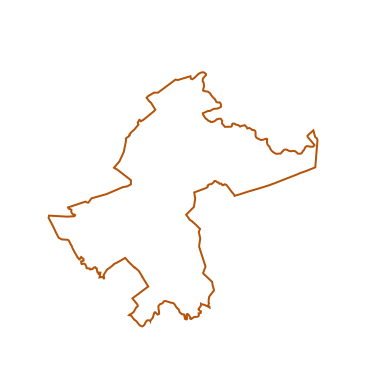 outline of San Juan Cacahuatepec, Oaxaca, Mexico, rotated 53°
{"feature_id": "50627088B64633222678632", "entity_name": "San Juan Cacahuatepec", "entity_type": "district", "adm_level": 2, "iso_a3": "MEX", "parent_name": "Mexico", "parent_adm1": "Oaxaca", "projection": "robinson", "projection_center": [-98.147, 16.655], "detail": "fine", "context": "isolated", "style": "outline", "palette": "amber", "viewbox_px": 384, "rotation_deg": 53, "n_neighbors": 0, "source": "geoboundaries", "source_scale": "gbopen_adm2", "svg_char_len": 6043}
<svg xmlns="http://www.w3.org/2000/svg" viewBox="0 0 384 384"><g transform="rotate(53 192 192)"><path d="M135.6,282.8L129.7,300.3L130.7,300.5L131.5,300.3L132.1,299.9L132.8,299.3L133.7,299.0L134.2,299.5L135.0,300.3L135.9,300.6L137.0,300.7L138.4,300.4L139.5,299.3L140.1,299.2L140.4,299.8L140.6,300.5L136.6,306.5L124.8,320.4L126.4,322.1L132.2,323.0L137.6,324.0L143.4,325.2L145.7,325.6L148.3,326.0L151.4,324.6L155.5,319.9L156.2,319.7L157.0,319.7L161.0,320.4L161.9,320.5L162.2,320.4L162.7,320.5L164.6,321.2L168.2,321.8L175.3,322.7L175.6,322.8L176.0,322.5L177.7,322.7L178.7,322.4L178.2,322.4L177.2,319.6L180.4,319.0L181.6,320.0L180.7,322.4L181.3,322.6L181.8,323.1L183.2,323.5L183.3,323.4L183.3,322.7L184.7,321.0L185.5,320.9L186.2,320.9L186.8,321.1L187.9,321.2L189.2,322.0L189.5,322.0L190.6,320.8L191.2,320.4L191.5,319.7L191.9,319.7L192.6,319.9L193.6,318.0L193.5,317.2L193.3,316.3L193.3,315.7L193.7,314.6L194.2,314.4L195.0,314.7L195.4,314.6L195.8,314.1L197.7,315.2L199.2,315.8L199.8,315.2L201.2,316.0L202.0,314.9L200.9,314.2L201.3,313.7L204.6,317.3L205.1,316.1L205.2,315.7L205.9,314.7L206.9,314.6L208.1,314.4L208.1,314.1L205.1,312.5L202.9,306.8L202.8,306.2L203.0,302.8L202.9,299.7L202.6,297.3L203.0,295.9L203.9,289.7L204.4,285.0L208.6,284.7L208.8,284.8L217.9,283.4L218.0,283.4L218.0,283.0L223.1,282.0L229.6,282.6L229.7,282.9L231.1,282.9L241.1,283.8L241.1,288.9L241.1,293.2L241.1,303.6L244.7,303.5L248.7,303.3L250.4,303.8L250.8,306.5L252.7,310.6L252.8,312.8L252.6,314.8L252.4,315.4L252.5,316.3L253.4,315.5L254.3,315.1L255.1,314.9L255.7,314.9L257.4,315.1L259.3,314.9L260.8,314.4L262.4,314.1L264.4,314.2L265.6,314.1L266.4,314.0L267.3,313.9L268.1,313.4L268.7,313.2L269.5,312.4L269.6,311.4L269.5,310.3L268.7,308.4L268.0,307.3L267.8,306.3L267.5,305.5L267.8,304.6L268.4,303.8L268.9,303.3L269.5,302.9L270.0,303.0L269.8,302.8L268.7,298.8L266.3,295.6L265.7,294.6L265.7,294.0L266.1,293.6L269.2,293.2L269.5,291.6L268.3,290.7L267.0,290.0L265.8,289.3L265.3,289.2L263.0,287.6L262.3,285.4L262.9,283.5L263.0,283.3L263.0,282.7L263.0,282.1L262.4,280.5L262.4,280.2L262.9,279.2L263.3,278.6L266.3,276.4L267.5,275.7L268.5,274.6L269.7,273.7L271.4,273.5L274.0,273.8L275.8,273.7L277.8,273.3L278.9,273.7L280.5,274.2L283.3,273.7L284.8,272.2L285.0,272.2L286.5,272.7L287.3,273.1L287.1,272.7L288.4,273.2L288.9,273.5L289.4,273.7L289.5,273.7L290.1,273.4L290.3,273.3L290.4,273.1L290.5,272.8L290.5,272.6L290.1,272.0L288.1,271.0L286.7,270.0L286.5,269.3L286.7,269.0L287.5,268.7L289.2,268.7L291.5,268.9L291.8,269.5L292.4,269.6L292.9,269.2L293.2,265.3L294.8,263.0L295.0,261.9L294.9,261.1L293.4,259.9L293.6,259.8L293.6,259.7L293.0,259.6L293.8,257.7L293.5,257.4L292.7,256.7L292.0,257.1L290.4,257.5L290.1,257.2L289.7,257.4L289.4,257.2L289.1,256.6L288.7,254.7L288.1,253.4L287.7,252.8L286.8,252.1L287.1,252.0L287.8,251.6L288.2,251.2L289.2,250.3L290.6,249.5L292.6,248.4L294.8,247.5L294.2,247.1L293.3,247.4L292.8,247.4L292.4,247.3L291.7,246.5L291.2,245.4L290.2,245.2L288.2,243.6L285.9,241.2L283.8,233.6L278.4,231.4L275.9,230.0L268.3,231.3L264.2,232.0L263.4,231.9L259.7,226.1L250.3,222.8L249.3,222.5L239.9,219.2L238.0,217.4L234.1,213.4L228.1,210.7L226.3,207.8L219.4,208.8L214.7,209.8L213.0,210.5L206.6,210.3L205.1,199.6L203.3,197.6L199.2,193.4L193.7,190.5L197.0,179.4L197.2,178.8L197.4,176.9L197.3,176.2L196.3,175.7L196.2,174.0L196.9,172.5L197.3,171.7L197.4,171.0L197.3,169.1L196.7,167.4L197.4,166.6L198.6,166.1L199.4,166.0L199.7,165.9L200.1,165.3L200.7,165.0L201.6,165.2L201.8,165.2L202.3,164.6L202.9,163.6L204.0,163.6L204.5,163.7L204.9,163.6L205.3,163.0L205.2,162.8L205.5,162.1L205.4,161.7L205.4,161.4L206.4,160.7L206.8,160.4L207.4,160.2L210.9,160.2L215.7,160.2L218.8,160.0L220.7,160.3L221.1,159.1L222.1,156.6L225.4,147.1L230.6,133.2L233.3,125.6L234.1,122.5L234.4,121.9L236.5,114.3L238.2,108.2L241.0,98.3L241.9,94.5L243.8,88.6L246.5,78.7L226.1,60.6L225.5,60.3L224.0,60.0L223.1,60.3L222.1,60.5L215.8,58.0L216.5,65.8L217.5,66.5L228.0,65.9L228.6,66.4L228.4,67.6L228.6,68.2L227.1,70.2L226.3,70.8L224.7,72.3L224.2,74.0L226.0,77.7L226.1,79.2L226.8,80.3L226.9,82.0L225.3,84.2L222.1,84.9L220.9,85.4L220.0,86.6L219.0,88.5L218.0,89.5L215.4,90.8L214.5,91.5L213.9,92.6L213.7,93.7L214.1,95.3L214.1,96.1L214.6,97.3L214.6,98.2L213.3,99.9L212.8,101.0L211.7,102.1L208.9,103.2L207.1,103.5L205.7,103.6L203.3,103.2L202.3,102.8L201.0,103.1L199.9,103.2L198.4,102.7L197.2,102.1L196.0,101.0L194.9,100.1L194.1,100.7L193.7,101.5L193.2,103.4L192.3,105.3L191.0,106.2L187.9,107.7L187.0,107.8L186.3,107.8L185.4,107.4L184.4,106.7L183.1,105.7L182.0,105.0L180.9,104.8L179.9,105.2L179.3,106.0L178.8,106.6L177.8,106.6L175.3,107.7L174.6,109.6L173.8,109.6L173.0,109.3L170.3,109.7L169.9,111.0L169.2,112.1L168.7,114.2L166.4,114.8L164.5,116.4L162.9,117.0L161.9,118.2L161.9,118.9L163.3,120.5L163.4,121.4L159.8,126.5L155.4,126.8L153.4,125.1L151.0,124.9L150.2,125.7L149.2,127.3L149.3,127.7L148.8,128.6L149.0,130.1L148.9,131.9L148.4,133.4L147.4,134.9L146.7,134.9L144.8,136.1L142.6,136.4L141.6,136.9L136.7,136.6L135.6,135.9L136.1,134.2L136.9,130.4L137.8,129.4L138.2,128.2L138.4,125.9L139.0,124.0L140.4,122.0L141.2,119.8L141.4,117.7L140.2,116.7L139.0,116.0L137.2,115.9L136.1,117.5L134.8,118.3L133.4,118.1L131.2,117.9L128.9,118.3L126.1,118.4L123.9,118.2L121.7,118.8L120.7,119.5L120.2,120.2L119.0,121.3L117.6,122.1L117.2,121.8L114.7,118.6L111.4,116.8L110.1,116.9L108.8,115.9L107.9,114.8L107.0,110.4L106.1,109.8L104.1,110.4L103.6,110.5L102.2,112.4L101.6,115.1L101.7,116.4L102.3,121.5L102.1,124.0L100.7,124.6L98.6,123.6L94.0,136.0L92.3,137.6L92.2,159.4L89.8,162.5L89.0,169.5L89.5,171.6L94.3,171.5L95.2,171.1L95.6,171.1L97.2,171.1L104.2,171.8L104.6,174.0L104.9,180.5L105.1,187.7L104.7,190.3L102.8,190.4L102.7,190.5L103.5,192.5L103.6,192.9L103.8,193.4L105.0,194.1L106.0,194.2L107.5,201.0L107.6,203.5L108.2,207.0L108.8,207.2L109.0,207.4L108.8,207.6L108.8,207.8L109.0,208.1L109.5,208.7L109.4,212.6L111.2,213.7L119.0,222.4L123.9,231.6L125.7,239.7L129.5,238.1L142.4,234.6L145.8,233.7L149.1,236.2L148.6,240.2L146.5,244.2L142.3,261.4L136.6,276.0L137.2,278.2L138.1,281.1L137.3,282.1L135.6,282.8Z" fill="none" stroke="#b45309" stroke-width="2"/></g></svg>